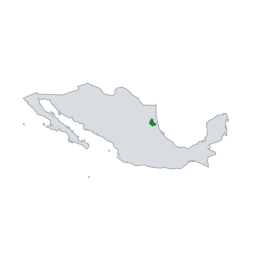 location of Casas, Tamaulipas, Mexico, rotated 342°
{"feature_id": "50627088B27179014352278", "entity_name": "Casas", "entity_type": "district", "adm_level": 2, "iso_a3": "MEX", "parent_name": "Mexico", "parent_adm1": "Tamaulipas", "projection": "mercator", "projection_center": [-98.689, 23.544], "detail": "fine", "context": "in_parent", "style": "filled", "palette": "green", "viewbox_px": 256, "rotation_deg": 342, "n_neighbors": 0, "source": "geoboundaries", "source_scale": "gbopen_adm2", "svg_char_len": 5063}
<svg xmlns="http://www.w3.org/2000/svg" viewBox="0 0 256 256"><g transform="rotate(342 128 128)"><path d="M37.6,67.4L52.5,66.0L51.9,67.5L75.4,76.2L93.0,76.2L93.0,72.9L103.9,73.0L105.8,75.3L113.5,81.6L115.3,86.8L116.7,88.8L123.8,92.9L126.1,91.4L127.8,87.6L129.9,86.7L135.1,87.4L139.4,91.6L142.2,97.7L147.1,103.2L147.4,106.6L149.6,110.8L160.4,114.8L161.8,114.2L158.5,125.0L157.4,137.7L157.9,140.4L160.7,144.1L160.1,146.0L160.3,144.1L158.0,141.0L158.7,143.8L161.5,149.7L166.1,155.3L167.1,158.8L170.3,162.3L169.4,162.2L171.2,163.1L170.6,162.6L174.0,163.0L176.4,164.2L178.5,166.5L184.1,164.8L188.3,164.5L191.0,163.2L193.9,162.9L194.5,163.4L194.3,164.2L196.7,164.6L198.3,163.5L197.8,161.7L197.1,162.2L197.3,161.8L201.6,158.7L201.9,156.3L203.1,154.8L203.2,150.8L204.0,147.8L207.3,146.0L213.2,145.1L215.7,144.0L218.6,143.8L223.3,144.9L223.7,144.2L222.4,144.2L224.0,143.7L225.9,145.0L226.2,146.8L225.3,149.3L222.2,152.9L222.1,155.4L220.6,156.9L220.8,157.4L222.2,157.2L220.7,158.7L220.8,159.4L221.7,159.2L219.8,165.3L219.3,165.8L218.4,164.4L218.2,162.2L216.8,164.5L215.4,164.7L213.6,167.8L211.6,167.8L211.4,168.8L200.0,168.8L200.0,172.5L197.4,172.5L203.6,178.1L203.4,180.1L195.4,180.2L192.5,185.3L193.3,186.6L192.3,190.0L186.5,184.2L181.8,180.3L179.0,178.8L178.7,179.1L181.3,180.5L177.2,179.3L177.5,178.4L176.4,178.8L175.7,177.9L175.0,178.8L176.4,179.3L174.3,179.5L172.2,180.8L165.7,182.9L161.5,181.2L158.0,180.8L155.6,179.3L153.2,178.6L151.7,177.2L146.0,176.0L138.8,172.8L134.1,169.9L132.1,167.9L127.3,167.2L122.7,165.5L119.7,162.2L113.4,159.0L110.0,154.6L108.8,151.9L111.4,150.6L110.9,149.5L109.8,149.1L111.5,147.0L111.7,144.6L110.3,143.7L108.9,141.2L109.0,139.0L108.1,136.9L104.3,133.1L100.9,128.5L95.8,124.4L97.3,125.2L97.4,124.3L94.6,123.5L92.6,120.3L94.0,120.4L90.0,118.2L89.4,117.1L87.9,117.5L87.7,117.0L88.8,115.8L86.9,116.8L85.7,115.8L85.5,113.7L86.9,111.8L87.4,112.2L86.4,110.2L85.1,109.0L83.4,109.1L82.2,106.4L80.2,105.9L78.9,104.7L78.1,102.4L78.6,100.9L74.9,100.2L68.5,92.8L68.1,91.0L67.1,90.4L62.9,81.1L62.5,78.2L63.0,77.3L59.4,76.1L58.5,74.5L57.4,74.0L56.1,74.9L51.2,72.0L52.1,73.9L51.6,77.4L52.7,80.3L53.6,85.6L58.6,90.3L60.2,93.4L60.9,93.3L61.3,94.2L62.0,94.3L62.7,96.4L64.1,97.0L64.9,101.2L67.4,103.3L68.3,105.7L69.4,106.4L70.3,109.2L71.3,109.9L70.7,107.8L72.1,109.0L73.9,115.4L75.5,117.2L77.6,121.7L77.3,123.6L77.8,125.3L79.6,127.0L80.3,125.3L85.5,131.2L85.0,133.4L83.0,135.0L81.9,135.1L79.6,130.3L71.4,123.9L70.7,124.0L69.0,121.9L68.7,120.5L69.1,117.5L68.4,114.5L67.1,112.5L63.1,109.9L62.3,107.4L61.6,108.5L59.5,108.9L58.0,107.2L54.3,105.5L53.7,104.0L50.9,101.8L50.6,101.1L53.5,101.5L55.2,100.9L55.2,101.6L56.6,102.3L56.1,100.6L55.4,100.5L56.7,97.0L51.2,90.4L46.6,87.5L45.8,86.1L45.8,83.6L44.6,82.8L44.2,80.0L42.8,78.8L42.5,77.1L40.5,74.5L40.1,73.2L40.8,72.4L39.3,71.3L37.6,67.4ZM68.2,92.9L67.7,94.6L66.3,94.0L66.8,91.5L67.7,91.2L68.2,92.9ZM62.3,92.5L60.2,90.7L59.6,88.8L60.7,89.5L60.9,90.5L62.0,90.8L62.3,92.5ZM225.2,152.5L224.7,151.9L225.0,151.2L226.3,150.6L225.2,152.5ZM69.1,123.9L67.6,122.3L68.5,118.9L68.3,121.9L69.1,123.9ZM49.8,99.5L48.6,99.3L49.4,97.4L49.9,98.8L49.8,99.5ZM30.7,93.3L29.7,92.1L29.9,91.6L30.2,91.6L30.7,93.3ZM70.4,124.0L71.3,125.3L69.4,124.0L70.4,124.0ZM103.6,143.8L103.5,144.3L103.0,144.1L102.8,143.2L103.6,143.8ZM78.2,120.5L78.6,121.6L77.6,120.3L78.2,120.5ZM74.6,113.7L75.1,114.1L74.3,115.1L74.6,113.7ZM76.2,162.8L75.8,162.9L75.3,162.5L75.8,162.0L76.2,162.8ZM195.9,163.0L194.9,163.2L196.6,162.6L195.9,163.0ZM83.2,126.4L82.7,126.3L82.6,125.3L83.2,126.4Z" fill="#d9dde1" stroke="#a8b0b8" stroke-width="1"/><path d="M150.7,129.8L150.5,130.0L150.3,130.3L150.1,130.5L150.0,130.8L150.1,130.7L150.4,130.5L150.5,130.7L150.8,130.7L151.0,130.7L151.1,130.9L151.1,131.0L151.3,131.0L151.3,131.4L151.2,131.3L151.1,131.5L151.2,131.8L151.4,131.8L151.8,131.8L152.0,132.5L151.8,132.5L151.8,132.8L152.0,132.8L152.0,133.2L152.3,133.0L152.4,132.5L152.7,132.4L152.7,132.5L152.9,132.4L153.0,132.2L153.3,132.2L153.3,132.4L153.6,132.5L153.6,132.8L153.9,133.0L154.0,133.1L154.2,133.3L154.1,133.6L154.1,133.8L154.2,133.6L154.4,133.6L154.5,133.7L154.4,133.5L154.4,133.3L154.6,133.4L154.7,133.2L154.8,133.0L154.8,132.8L155.0,132.9L155.2,132.7L154.9,132.4L154.8,132.5L154.7,132.4L154.7,132.5L154.2,132.2L154.3,131.8L154.2,131.7L153.9,131.7L153.7,131.6L153.8,131.4L153.7,131.4L153.8,131.4L153.8,131.2L153.8,130.9L153.6,130.8L153.6,130.7L153.3,130.3L153.4,130.2L153.4,129.5L153.6,129.5L153.6,129.2L153.5,128.9L153.2,129.1L153.1,128.9L153.1,128.5L153.4,128.3L153.5,128.2L153.4,128.2L153.2,128.0L153.2,127.9L153.1,128.0L153.0,127.9L152.9,127.9L152.9,128.0L152.7,127.9L152.7,127.7L152.6,127.8L152.4,127.9L152.3,128.0L152.3,127.9L152.2,127.9L152.2,128.0L152.1,128.3L152.1,128.5L152.1,128.4L152.1,128.5L152.1,128.8L152.2,129.0L152.1,128.9L152.0,128.7L151.9,128.7L151.9,128.8L152.0,128.8L151.9,128.8L152.0,128.9L152.0,129.0L151.9,129.0L152.0,129.0L152.1,129.3L151.9,129.2L151.9,129.3L151.7,129.3L151.6,129.5L151.4,129.5L151.2,129.7L151.0,129.8L151.0,129.7L151.0,129.8L150.9,129.8L150.7,129.8L150.7,129.8Z" fill="#22c55e" stroke="#15803d" stroke-width="1.5"/></g></svg>